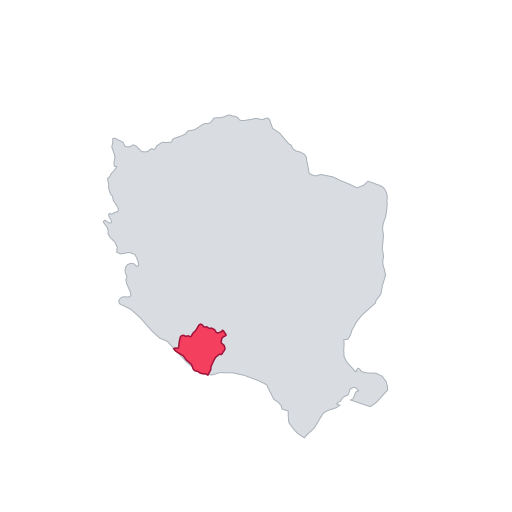 Romania, with Teleorman highlighted, rotated 35°
{"feature_id": "ROU-127", "entity_name": "Teleorman", "entity_type": "County", "adm_level": 1, "iso_a3": "ROU", "parent_name": "Romania", "parent_adm1": "", "projection": "albers", "projection_center": [25.251, 44.09], "detail": "fine", "context": "in_parent", "style": "filled", "palette": "rose", "viewbox_px": 512, "rotation_deg": 35, "n_neighbors": 0, "source": "natural_earth", "source_scale": "10m", "svg_char_len": 5144}
<svg xmlns="http://www.w3.org/2000/svg" viewBox="0 0 512 512"><g transform="rotate(35 256 256)"><path d="M381.6,282.4L385.9,288.0L391.3,290.8L403.6,293.6L404.6,293.2L404.7,292.5L403.8,291.7L403.7,290.7L404.2,289.3L405.9,289.2L408.7,290.2L413.8,288.3L421.3,283.3L428.3,282.1L434.9,284.4L438.4,287.4L440.7,290.3L440.2,294.1L439.9,296.4L438.7,306.1L437.7,309.8L436.0,313.9L416.1,319.7L417.3,317.3L416.6,313.3L415.7,310.3L417.4,307.5L412.8,306.7L410.9,308.3L409.5,311.0L411.1,317.0L409.1,320.4L408.3,322.3L408.4,326.8L407.2,328.8L407.0,330.9L410.2,330.2L408.9,334.1L403.2,341.7L401.2,346.2L402.4,363.6L400.1,374.1L400.0,377.2L393.5,377.5L391.6,377.4L385.3,376.0L378.3,373.5L374.0,368.3L371.3,364.5L365.5,366.4L364.4,366.0L362.7,364.2L358.3,363.1L352.8,363.2L340.4,356.5L339.0,355.3L329.5,356.7L315.2,360.4L304.2,364.9L292.9,372.6L288.4,378.5L283.0,381.6L275.4,383.9L261.8,383.0L247.6,380.1L232.3,376.8L224.1,378.5L213.0,377.0L196.3,373.0L183.8,371.5L171.4,373.4L169.4,371.7L169.0,369.7L169.6,367.0L171.4,364.9L174.4,363.3L176.0,361.7L176.2,359.9L173.0,357.1L166.3,353.1L163.5,350.6L162.9,350.0L162.7,347.9L161.4,346.2L158.8,344.9L156.8,342.6L155.5,339.3L155.9,336.3L158.0,333.5L160.7,332.4L163.9,332.9L165.3,332.1L164.8,330.1L161.7,327.5L156.1,324.2L150.2,325.7L144.0,331.9L139.7,332.8L137.2,328.3L132.6,325.6L126.0,324.5L121.9,322.6L120.5,320.1L117.6,318.0L111.3,315.7L111.3,313.7L112.3,313.3L114.6,313.2L117.7,312.9L118.3,311.8L118.3,310.8L116.0,309.4L113.6,308.4L112.3,307.5L111.6,306.5L111.5,305.5L112.2,304.8L113.2,304.8L114.2,304.3L114.8,301.9L116.3,300.0L117.2,299.4L117.2,298.0L116.3,296.6L115.0,295.4L113.1,294.6L107.1,292.3L104.2,289.3L102.3,289.1L99.4,287.4L96.3,284.8L93.7,281.2L90.8,278.7L90.1,277.8L90.0,276.9L90.6,276.0L90.7,274.9L90.1,271.5L90.8,267.9L90.8,264.5L90.9,263.0L90.3,262.5L89.8,263.0L89.0,263.6L88.3,263.6L86.2,261.1L83.7,255.9L81.9,254.1L78.4,251.6L75.4,249.5L73.5,245.1L71.3,241.8L72.9,240.5L81.8,239.1L85.8,241.2L87.7,240.6L89.6,239.2L90.6,238.1L90.9,236.8L91.8,235.3L94.8,234.7L102.6,236.0L105.9,234.0L107.1,232.8L108.0,230.1L108.9,228.0L111.8,227.0L111.8,225.0L111.5,222.8L113.3,218.1L114.4,216.2L116.0,215.5L118.0,214.1L121.5,211.1L120.8,208.4L121.6,206.4L125.2,201.6L128.1,196.9L128.1,194.5L128.6,192.5L131.0,190.3L133.5,187.4L137.1,178.3L138.3,176.8L140.5,175.1L142.1,173.4L142.5,167.3L144.0,165.6L146.9,163.7L149.8,160.6L152.1,157.0L153.9,155.3L156.2,154.9L158.8,153.5L161.6,153.1L164.2,153.9L166.0,153.6L168.6,151.8L175.4,145.1L176.4,143.8L177.7,142.9L183.1,140.7L184.5,138.3L186.4,136.2L188.8,136.5L196.4,141.9L204.6,141.8L206.1,142.0L206.6,142.1L207.6,142.5L218.6,145.3L220.3,145.1L220.7,144.9L225.1,147.1L229.1,146.9L232.8,145.4L236.7,144.9L240.2,145.9L242.9,148.9L249.9,155.4L252.0,157.8L255.2,157.5L258.8,156.3L262.4,152.0L273.5,147.1L281.9,145.8L290.1,143.8L299.6,142.3L302.3,138.3L303.8,135.6L304.8,130.5L309.9,129.0L314.8,127.9L316.5,127.2L320.0,126.9L322.8,127.3L327.1,129.7L330.1,132.8L331.3,135.3L334.0,138.7L336.8,143.6L339.9,150.0L340.6,153.3L341.8,156.9L344.1,161.2L348.5,165.9L349.1,166.8L351.1,170.2L355.1,177.6L358.3,180.5L361.1,183.7L362.5,187.0L364.6,189.9L369.3,193.8L373.1,197.3L376.5,207.6L378.7,212.3L380.2,215.9L379.8,223.3L380.8,226.4L379.3,232.3L376.6,244.1L376.1,253.4L376.9,258.3L377.0,261.5L377.9,263.6L378.8,267.8L379.1,271.4L378.0,272.5L376.5,273.5L375.9,274.2L377.4,275.9L379.5,278.9L381.6,282.4Z" fill="#d9dde1" stroke="#a8b0b8" stroke-width="1"/><path d="M284.9,381.2L282.4,381.3L281.7,381.8L281.1,382.4L280.2,382.9L279.3,383.3L278.5,383.5L277.8,383.9L276.9,384.0L275.1,383.9L274.8,383.9L274.2,384.1L272.5,384.8L271.6,385.1L269.8,384.8L268.4,384.0L267.0,382.9L266.8,382.8L265.5,382.0L263.8,381.6L258.6,381.2L253.8,379.5L245.3,380.0L243.4,379.7L241.7,379.1L242.5,377.9L243.0,377.5L243.5,377.1L244.7,376.5L245.0,376.2L245.1,375.8L244.9,374.9L243.2,372.0L241.8,369.1L240.5,365.9L240.5,364.9L240.8,364.0L241.6,362.9L242.3,362.5L243.0,362.3L243.7,362.3L244.3,362.1L244.7,361.9L245.9,360.6L246.4,360.3L246.9,360.1L248.2,359.8L248.8,359.5L249.0,359.0L248.9,357.9L248.7,357.1L248.7,356.2L248.7,354.7L249.2,352.8L249.3,351.5L249.2,348.9L248.9,346.4L248.9,345.5L249.0,345.0L249.5,343.7L251.2,343.2L253.4,343.8L254.1,343.8L254.7,343.6L255.1,343.4L255.4,343.2L255.9,342.5L256.3,342.2L256.7,342.2L258.0,342.3L258.9,342.1L259.5,341.9L260.4,341.0L261.2,340.5L263.0,340.2L263.9,340.2L264.6,340.2L265.3,340.4L266.5,341.1L267.4,341.4L267.8,341.4L268.5,341.1L269.3,340.4L269.8,339.8L270.4,338.7L270.6,338.4L271.1,337.8L271.3,337.4L271.3,337.1L271.0,336.5L271.0,336.2L271.8,335.9L272.7,336.1L274.9,337.1L275.9,337.2L276.8,337.9L276.9,338.3L276.8,338.7L276.2,339.9L275.3,342.0L275.1,342.8L275.3,343.2L275.6,343.8L276.0,344.5L276.5,346.0L276.9,346.7L277.4,347.1L280.9,347.5L281.5,347.7L282.6,348.7L283.4,349.3L283.8,349.7L284.0,350.3L284.2,351.2L284.2,352.6L284.1,353.5L284.3,355.0L284.3,355.9L284.2,356.5L283.9,356.8L283.5,356.9L283.1,357.0L282.7,357.1L282.4,357.4L282.2,357.8L282.0,359.0L281.8,359.6L281.4,360.6L281.2,361.3L281.1,362.1L281.1,362.9L281.4,366.2L282.5,372.0L283.0,373.3L284.0,374.7L284.2,375.4L284.9,381.1L284.9,381.2Z" fill="#f43f5e" stroke="#9f1239" stroke-width="1.5"/></g></svg>